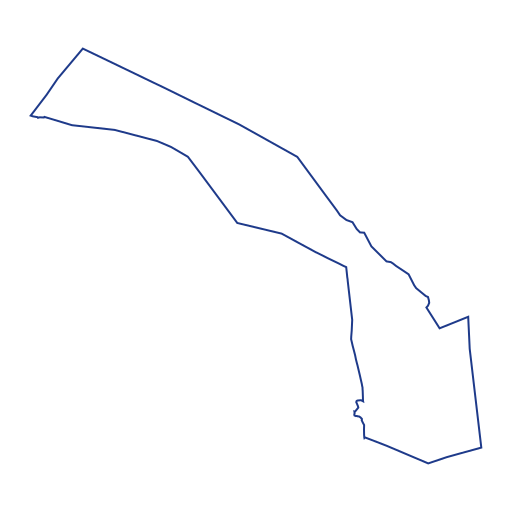 the district of Santiago Ihuitlán Plumas, Oaxaca, Mexico
{"feature_id": "50627088B36889128097702", "entity_name": "Santiago Ihuitlán Plumas", "entity_type": "district", "adm_level": 2, "iso_a3": "MEX", "parent_name": "Mexico", "parent_adm1": "Oaxaca", "projection": "natural_earth1", "projection_center": [-97.441, 17.88], "detail": "fine", "context": "isolated", "style": "outline", "palette": "blue", "viewbox_px": 512, "rotation_deg": 0, "n_neighbors": 0, "source": "geoboundaries", "source_scale": "gbopen_adm2", "svg_char_len": 1705}
<svg xmlns="http://www.w3.org/2000/svg" viewBox="0 0 512 512"><path d="M72.0,125.2L114.6,129.9L157.0,141.0L171.1,147.0L187.9,156.8L199.4,172.0L237.3,223.0L281.6,233.6L298.1,242.6L312.3,250.3L316.1,252.4L316.5,252.5L327.8,258.2L338.4,263.3L339.6,263.9L343.3,265.8L343.7,266.0L346.2,267.1L347.1,275.6L347.2,276.8L347.6,279.4L347.7,280.8L352.2,319.9L351.7,330.8L351.2,337.0L351.2,337.8L351.1,339.1L351.6,341.2L352.6,345.6L353.9,350.5L355.1,355.2L355.9,359.2L356.9,363.2L357.5,365.4L357.9,367.1L358.8,370.9L359.8,375.1L360.7,379.1L361.8,383.9L362.2,386.2L362.5,387.4L362.6,390.0L362.7,390.7L362.7,390.9L362.9,396.9L363.0,400.7L363.1,401.3L361.0,400.2L357.7,400.5L356.9,400.8L356.5,401.2L356.3,402.1L356.3,402.4L356.6,402.9L358.0,406.3L358.3,407.6L355.2,411.4L354.8,411.6L354.4,411.5L354.5,412.0L354.6,413.4L354.3,414.2L354.3,414.3L354.4,415.2L354.5,415.5L355.9,416.1L356.6,416.0L356.9,416.0L357.9,416.4L358.9,416.4L360.5,417.4L361.4,418.4L361.8,418.7L361.9,419.5L361.7,420.2L362.7,422.4L364.1,425.0L364.1,426.0L364.0,429.3L364.1,435.0L364.3,437.2L364.3,437.6L364.4,438.0L364.5,437.9L365.2,437.5L386.7,445.8L428.2,463.4L446.6,457.2L452.7,455.5L459.5,453.6L481.3,447.6L469.7,348.8L468.2,316.8L439.6,328.3L426.4,307.5L428.0,305.7L429.2,302.8L428.9,300.4L428.0,297.0L425.7,296.0L416.2,288.2L414.2,285.3L408.6,274.3L396.0,265.9L393.0,263.5L390.8,262.1L386.5,261.4L371.4,246.4L364.2,232.7L360.0,232.4L356.7,229.0L352.5,222.2L346.4,220.0L340.1,215.3L336.7,210.3L325.8,195.6L297.3,156.9L239.3,124.5L194.2,102.5L164.5,87.9L152.8,82.3L121.9,67.4L82.8,48.6L57.8,78.4L46.6,94.8L30.7,115.6L32.7,116.3L37.7,117.2L38.0,117.8L39.7,117.3L43.9,117.5L44.4,116.9L72.0,125.2Z" fill="none" stroke="#1e3a8a" stroke-width="2"/></svg>